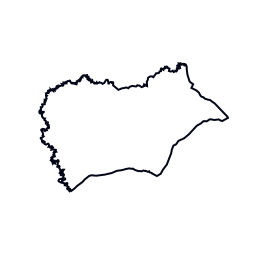 Pho Tak, Nong Khai, Thailand, rotated 112°
{"feature_id": "78962969B47302686470604", "entity_name": "Pho Tak", "entity_type": "district", "adm_level": 2, "iso_a3": "THA", "parent_name": "Thailand", "parent_adm1": "Nong Khai", "projection": "orthographic", "projection_center": [102.425, 17.897], "detail": "fine", "context": "isolated", "style": "outline", "palette": "ink", "viewbox_px": 256, "rotation_deg": 112, "n_neighbors": 0, "source": "geoboundaries", "source_scale": "gbopen_adm2", "svg_char_len": 5937}
<svg xmlns="http://www.w3.org/2000/svg" viewBox="0 0 256 256"><g transform="rotate(112 128 128)"><path d="M141.4,216.6L144.0,215.4L144.4,215.6L144.8,216.4L146.3,216.3L147.1,215.8L147.4,215.2L147.4,214.7L147.0,214.5L145.4,214.7L144.6,212.2L145.0,212.1L146.1,212.8L147.0,212.9L148.5,212.6L149.6,211.9L150.8,209.9L150.3,208.5L151.9,208.5L152.3,206.8L154.7,205.8L154.6,205.4L152.8,204.6L152.8,204.3L155.7,203.9L156.0,203.2L155.0,203.1L154.9,202.7L157.3,201.3L157.9,201.4L158.1,202.7L159.5,203.2L160.4,202.4L160.9,203.4L161.9,203.8L161.7,204.4L160.6,204.5L160.4,205.0L160.9,207.0L161.2,207.1L162.1,206.6L161.8,207.6L162.0,207.8L162.6,207.6L163.4,206.3L165.4,204.4L167.0,204.4L167.3,203.1L169.2,204.1L169.7,205.1L170.2,205.1L171.3,203.4L172.8,202.6L173.4,201.8L173.2,201.3L172.4,201.6L171.8,201.4L172.1,200.0L172.6,199.8L173.4,200.2L174.0,199.5L174.1,197.7L172.8,196.7L172.4,195.9L173.5,194.7L175.2,194.6L174.5,193.5L175.3,192.7L174.9,192.2L173.6,192.1L173.4,191.5L174.1,190.3L175.6,191.1L176.8,190.9L175.9,189.7L175.3,186.7L176.5,186.4L176.9,185.7L177.2,186.2L176.9,187.3L177.2,187.6L177.6,187.6L178.1,186.8L178.9,187.6L179.7,186.7L180.5,187.3L180.8,187.1L180.9,185.9L181.7,185.2L182.6,186.1L182.8,187.2L183.9,186.9L183.9,187.8L184.2,188.1L184.6,187.9L184.9,186.5L185.3,186.1L186.5,187.5L186.8,187.5L186.9,186.2L187.5,186.1L187.7,185.7L186.8,184.8L189.0,184.6L189.3,184.3L188.2,183.9L188.2,182.8L187.5,183.6L186.3,183.4L186.8,182.4L185.5,182.4L185.6,181.6L184.1,181.0L184.1,180.3L185.0,179.8L185.6,180.8L186.7,179.9L187.9,179.8L188.8,179.0L190.4,179.1L190.4,178.7L189.0,177.4L189.5,176.9L190.5,177.3L191.9,175.4L193.0,174.7L191.0,172.8L190.7,171.9L192.1,172.2L194.2,172.0L193.9,173.1L194.7,174.4L195.3,174.5L195.4,173.4L196.8,172.8L196.9,172.2L196.5,171.8L194.9,171.7L194.7,171.2L194.9,170.4L195.4,169.8L198.8,169.8L198.4,167.6L198.8,167.1L199.3,167.1L199.7,167.7L201.8,168.9L201.7,169.4L200.7,169.6L200.4,170.0L200.3,171.2L201.1,172.3L201.8,172.7L203.0,172.7L203.4,172.1L203.7,169.7L203.0,166.0L203.3,165.7L204.6,165.5L204.8,165.1L204.4,164.5L202.2,164.4L201.9,163.7L202.4,163.3L204.6,163.3L204.7,161.5L205.0,160.9L205.5,160.9L206.4,161.8L207.1,161.7L207.4,160.7L206.4,159.9L206.2,159.2L208.1,159.2L208.5,158.5L206.9,157.7L207.0,157.2L207.4,156.9L204.3,155.0L200.8,153.5L195.0,149.9L192.2,149.0L186.9,146.0L185.5,144.1L184.1,139.5L180.0,132.2L175.9,126.3L171.9,122.3L169.3,117.8L166.5,114.1L165.0,111.7L164.3,108.8L163.8,108.2L164.3,106.0L164.1,102.4L163.4,100.7L163.2,99.4L161.7,97.9L161.5,96.1L161.1,95.6L161.2,93.4L160.3,92.2L161.0,91.7L160.8,89.3L161.1,88.9L161.7,83.3L161.1,82.7L158.1,80.5L153.7,80.0L147.3,78.3L135.3,78.5L131.4,79.3L127.3,79.3L125.1,77.3L121.0,76.4L116.5,72.1L111.3,69.3L100.0,65.0L96.4,62.1L93.4,60.6L92.2,57.4L89.4,55.5L88.9,54.3L88.2,50.9L86.1,47.2L86.4,44.5L86.2,43.2L81.1,39.1L80.1,40.4L72.7,56.9L71.9,60.6L71.3,62.3L71.8,64.6L72.0,67.7L71.3,69.5L71.4,71.5L70.8,73.0L68.6,75.6L67.5,78.9L67.1,84.2L63.0,84.0L62.2,87.4L61.4,88.7L56.2,92.9L52.6,95.0L49.0,96.7L47.8,97.8L47.7,98.0L48.6,98.2L48.9,99.3L48.4,99.8L47.5,99.5L47.5,100.0L48.3,101.8L49.2,101.8L49.4,102.5L49.3,103.2L48.4,103.2L48.3,103.6L48.9,104.3L49.1,105.2L49.8,104.6L50.3,104.6L51.4,105.6L51.9,105.7L52.0,105.0L51.2,103.2L53.0,102.1L54.0,103.2L53.4,104.6L53.6,104.9L54.5,105.1L56.3,104.0L57.4,104.4L57.2,105.7L58.2,105.8L59.0,106.6L58.1,107.9L59.6,109.3L59.8,111.4L57.4,111.8L57.5,113.6L56.8,114.1L56.5,115.0L57.2,115.7L57.3,116.6L57.9,116.6L58.6,115.8L59.5,117.1L60.7,116.9L60.2,118.9L60.5,119.6L61.2,119.7L61.9,118.8L62.9,118.7L63.7,119.9L65.6,120.1L65.9,120.9L66.5,121.6L66.7,122.4L71.4,123.5L71.1,125.0L71.9,126.7L73.4,127.9L74.2,128.2L75.8,127.7L78.0,127.9L82.0,126.0L82.0,126.9L81.1,127.7L82.2,128.4L81.8,128.5L81.6,129.2L82.7,128.8L82.7,129.4L84.0,129.5L85.0,130.7L84.4,133.4L84.9,135.4L85.9,135.6L86.5,136.1L87.4,139.8L89.2,141.9L91.0,142.6L91.0,144.5L91.5,145.5L92.4,146.5L93.5,148.5L96.2,151.2L94.0,157.8L92.0,158.5L92.2,159.3L91.3,159.2L91.7,161.1L92.4,161.9L94.0,162.4L94.1,162.8L91.7,164.2L91.1,164.7L91.0,165.2L91.6,166.3L95.1,166.9L96.6,168.1L96.1,169.4L96.4,170.8L96.3,171.7L97.2,172.1L97.7,173.0L98.3,173.3L97.4,174.2L98.1,174.4L98.4,174.9L99.0,175.0L99.4,175.9L99.1,176.5L98.5,176.7L98.7,178.0L97.6,178.7L99.4,179.1L99.6,179.3L98.1,180.5L97.3,180.4L97.0,180.7L97.0,181.2L98.2,181.6L98.4,182.2L97.7,182.5L97.6,181.8L96.8,181.8L96.5,182.3L97.0,183.2L98.0,183.4L98.0,183.8L96.9,184.6L96.1,183.9L95.2,184.0L95.3,184.9L96.1,185.3L96.2,185.7L94.4,186.0L94.9,186.9L95.8,187.2L95.5,188.4L96.1,189.3L96.8,189.3L97.1,189.9L97.5,190.0L98.2,189.3L98.6,190.3L99.1,190.2L99.4,190.6L100.3,190.9L100.6,190.7L100.3,190.0L101.4,189.9L102.0,190.4L102.7,190.2L102.9,190.5L102.3,191.2L102.2,191.8L103.9,192.4L104.0,193.0L105.0,192.8L105.1,192.3L106.8,192.1L106.9,193.0L105.8,193.4L106.2,194.0L106.5,193.5L107.0,193.7L106.7,195.0L107.3,195.3L107.7,196.8L107.5,197.1L107.1,196.9L107.4,197.8L105.9,199.5L106.0,200.0L106.6,200.2L107.0,201.4L108.0,202.0L109.4,201.8L109.2,202.5L108.7,202.9L109.2,203.4L109.7,202.7L110.3,203.0L110.3,203.4L109.8,203.8L110.0,204.9L111.7,204.2L112.0,204.3L112.1,205.1L112.6,204.1L113.3,204.3L113.4,205.6L114.3,206.4L114.5,207.2L115.1,207.4L114.8,208.6L115.2,208.7L115.6,207.9L116.7,208.2L115.7,209.1L115.9,209.7L116.2,209.8L116.8,209.0L117.6,209.2L117.9,209.6L118.3,209.3L118.7,209.5L119.0,210.3L119.6,209.8L120.2,210.6L120.7,210.2L120.7,211.3L121.7,211.0L121.5,211.6L120.1,212.3L120.4,212.7L121.2,212.6L121.5,213.6L121.2,214.3L122.1,213.8L122.3,214.9L123.2,215.9L123.9,215.2L123.1,214.8L123.4,214.4L124.5,214.9L124.5,215.8L125.3,215.7L125.1,215.2L125.4,215.0L125.8,216.3L126.3,216.4L126.6,216.9L127.0,216.4L127.9,216.5L128.7,216.1L128.6,215.3L129.6,215.6L130.9,215.0L131.3,214.4L132.0,214.8L132.7,214.6L133.0,215.9L134.0,215.5L134.4,214.4L135.3,214.5L135.6,215.0L136.0,214.5L136.7,214.5L137.2,214.2L138.2,216.5L138.5,216.5L138.8,215.7L140.0,215.3L141.1,215.6L141.4,216.6Z" fill="none" stroke="#020617" stroke-width="2"/></g></svg>